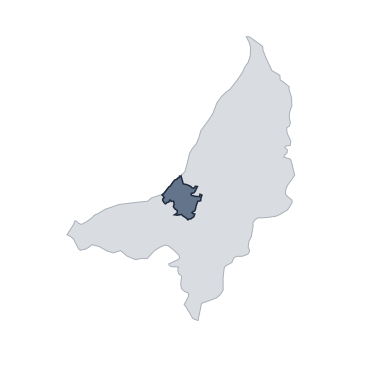 Hîncesti highlighted on a map of Moldova, rotated 66°
{"feature_id": "MDA-1639", "entity_name": "Hîncesti", "entity_type": "District", "adm_level": 1, "iso_a3": "MDA", "parent_name": "Moldova", "parent_adm1": "", "projection": "natural_earth1", "projection_center": [28.404, 46.831], "detail": "fine", "context": "in_parent", "style": "filled", "palette": "slate", "viewbox_px": 384, "rotation_deg": 66, "n_neighbors": 0, "source": "natural_earth", "source_scale": "10m", "svg_char_len": 2883}
<svg xmlns="http://www.w3.org/2000/svg" viewBox="0 0 384 384"><g transform="rotate(66 192 192)"><path d="M72.2,79.2L73.7,76.3L87.8,68.2L91.4,69.5L98.7,69.9L113.6,69.6L121.0,64.3L125.5,65.8L129.3,63.4L135.4,60.4L136.3,61.0L137.1,61.5L146.6,62.8L153.8,65.7L158.5,70.1L163.5,72.9L168.6,73.9L171.4,76.1L172.0,79.5L176.7,81.1L185.7,81.1L189.5,83.3L188.1,87.7L189.1,89.2L192.3,87.7L194.7,89.0L196.0,92.3L197.4,93.9L202.0,88.7L206.8,89.2L218.5,91.4L224.8,102.1L228.7,106.0L232.1,107.5L236.4,105.9L240.2,103.9L242.4,104.8L247.2,111.9L248.3,121.2L248.3,125.0L246.6,131.3L244.3,138.1L242.4,142.4L243.2,146.0L244.9,148.9L247.7,149.9L256.8,155.9L260.2,160.0L265.1,163.1L268.9,163.2L270.9,165.0L271.6,167.1L271.1,172.4L269.0,177.4L269.3,180.6L272.6,184.4L273.0,188.8L273.2,191.6L275.0,193.8L283.4,198.7L294.2,203.4L297.0,207.4L298.7,212.5L298.2,221.1L297.6,228.6L311.8,238.7L310.2,240.6L308.0,242.7L294.5,244.2L291.7,245.0L285.8,237.4L282.7,236.5L279.8,239.3L276.4,240.8L272.3,240.1L267.9,237.7L265.7,236.1L263.9,235.9L261.2,237.5L257.5,236.8L255.1,234.9L251.7,241.4L249.6,242.7L248.3,242.5L248.0,231.6L247.0,229.9L244.2,229.7L237.6,232.3L231.4,235.6L229.3,238.6L229.5,244.0L230.4,250.5L234.7,260.2L232.4,264.5L230.7,271.3L224.0,277.5L216.4,281.1L215.7,288.5L211.5,293.6L204.3,298.7L199.4,304.8L200.6,309.0L200.9,313.0L200.1,315.6L199.9,317.7L198.0,318.7L186.9,319.4L183.8,320.7L180.2,323.6L176.7,318.1L173.3,313.2L170.7,310.6L171.8,309.4L174.6,308.1L176.6,306.4L176.3,300.7L174.9,294.0L173.5,290.8L173.4,285.8L172.5,278.0L173.8,263.5L179.4,245.3L182.4,236.3L180.9,231.3L182.1,219.8L179.7,214.1L176.0,206.6L170.7,190.4L164.0,184.8L155.8,178.6L152.3,173.9L149.9,168.7L145.1,163.6L139.5,158.9L132.8,147.2L129.4,141.9L128.3,140.5L120.7,133.0L116.7,126.2L114.7,120.6L113.6,115.4L108.2,105.3L103.4,97.6L98.8,92.2L96.7,88.3L91.3,83.4L83.6,79.6L78.6,78.9L72.2,79.2Z" fill="#d9dde1" stroke="#a8b0b8" stroke-width="1"/><path d="M174.1,202.2L174.2,201.2L174.2,200.5L173.5,199.7L173.6,198.7L173.5,197.7L172.4,197.0L173.0,195.7L172.9,195.5L173.5,195.6L181.0,196.7L183.3,193.6L186.3,190.9L188.0,190.5L189.2,189.1L188.8,187.8L188.1,186.6L189.2,184.8L192.8,189.1L193.6,190.8L193.0,193.2L194.7,194.0L197.4,190.6L199.3,187.0L197.3,185.7L198.0,184.8L199.0,184.2L201.2,186.3L203.5,187.6L203.3,189.1L202.8,190.5L206.0,193.6L209.4,196.1L210.2,196.9L210.5,198.2L210.5,199.5L210.9,200.5L212.2,199.8L213.2,198.4L215.3,200.3L216.1,203.9L215.5,205.4L215.8,207.1L213.8,207.7L211.9,208.8L210.2,210.0L208.2,210.8L207.3,214.7L205.7,217.3L205.2,213.9L202.9,213.1L200.2,214.6L197.8,215.0L195.5,213.1L193.0,212.6L192.6,213.6L192.2,214.8L191.1,214.9L190.3,215.4L191.7,217.1L191.5,218.8L191.6,219.7L192.1,220.8L191.5,221.5L188.0,222.2L186.5,221.6L185.9,219.7L183.7,220.1L182.5,220.6L182.4,220.2L181.7,217.9L177.9,211.1L177.9,209.5L175.2,205.4L174.0,202.9L174.1,202.2Z" fill="#64748b" stroke="#1e293b" stroke-width="1.5"/></g></svg>